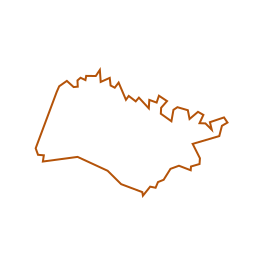 outline of Bath, Kentucky, United States of America, rotated 336°
{"feature_id": "52423323B79890257975212", "entity_name": "Bath", "entity_type": "district", "adm_level": 2, "iso_a3": "USA", "parent_name": "United States of America", "parent_adm1": "Kentucky", "projection": "natural_earth1", "projection_center": [-83.678, 38.15], "detail": "fine", "context": "isolated", "style": "outline", "palette": "amber", "viewbox_px": 256, "rotation_deg": 336, "n_neighbors": 0, "source": "geoboundaries", "source_scale": "gbopen_adm2", "svg_char_len": 893}
<svg xmlns="http://www.w3.org/2000/svg" viewBox="0 0 256 256"><g transform="rotate(336 128 128)"><path d="M208.1,172.5L214.7,164.2L221.1,163.5L220.0,157.4L205.2,156.0L203.8,163.6L200.6,155.3L195.3,152.7L202.2,146.7L198.5,141.7L187.9,144.8L189.9,136.1L181.6,129.1L176.9,129.9L170.4,139.5L163.8,128.3L166.5,123.0L174.6,119.3L169.4,111.1L164.5,116.4L158.9,111.0L155.0,118.5L150.3,104.7L145.9,106.8L141.7,99.0L137.6,101.4L137.9,82.7L132.3,85.8L129.4,82.1L131.7,74.8L121.8,74.8L125.9,63.5L119.7,67.4L111.0,63.4L108.6,66.9L105.1,62.8L101.2,64.0L98.9,69.8L95.0,68.5L91.3,60.1L82.1,61.9L77.6,66.0L35.4,109.0L34.9,115.9L40.0,118.7L36.6,124.0L70.2,133.9L92.0,158.8L98.9,176.5L115.0,192.4L114.1,195.9L124.4,190.6L128.9,193.8L133.4,189.6L139.5,189.8L150.2,182.6L159.2,183.2L168.1,192.1L169.9,188.8L178.7,190.0L181.4,184.9L180.6,168.8L208.1,172.5Z" fill="none" stroke="#b45309" stroke-width="2"/></g></svg>